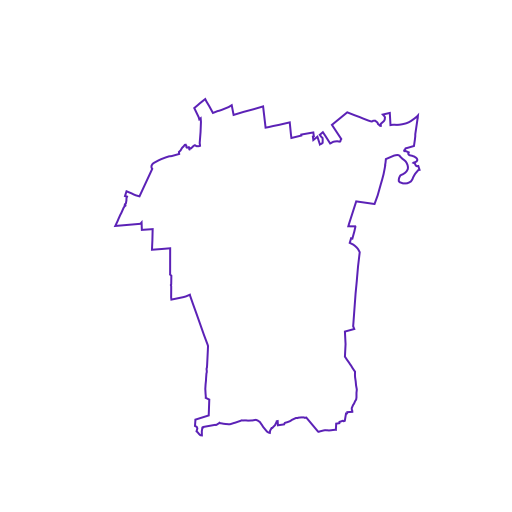 outline of Pascani, Iasi, Romania, rotated 290°
{"feature_id": "2599482B39664970554160", "entity_name": "Pascani", "entity_type": "district", "adm_level": 2, "iso_a3": "ROU", "parent_name": "Romania", "parent_adm1": "Iasi", "projection": "equal_earth", "projection_center": [26.726, 47.253], "detail": "fine", "context": "isolated", "style": "outline", "palette": "violet", "viewbox_px": 512, "rotation_deg": 290, "n_neighbors": 0, "source": "geoboundaries", "source_scale": "gbopen_adm2", "svg_char_len": 6076}
<svg xmlns="http://www.w3.org/2000/svg" viewBox="0 0 512 512"><g transform="rotate(290 256 256)"><path d="M120.0,390.5L125.9,388.7L127.4,391.5L128.7,391.2L129.2,391.9L130.9,394.0L130.7,394.8L131.2,395.5L131.5,395.8L138.6,394.5L138.6,394.8L138.8,395.1L139.1,395.3L139.8,395.4L140.5,395.2L142.5,399.8L143.3,399.5L144.0,398.9L145.0,398.3L145.9,398.0L149.3,398.2L150.7,398.6L153.7,398.8L155.3,399.2L157.4,398.8L161.8,397.2L163.9,396.7L165.2,396.3L168.6,394.3L172.2,392.6L176.1,390.5L178.0,389.7L181.2,388.6L182.0,387.4L183.9,384.8L185.8,382.5L186.1,381.9L187.7,379.8L189.6,377.0L191.6,374.3L191.8,374.0L203.8,370.3L215.4,365.4L221.0,373.3L223.4,371.2L223.7,371.2L254.8,362.4L266.8,359.3L271.2,358.1L281.3,355.4L294.9,352.2L295.4,351.8L296.1,351.0L297.4,349.5L298.4,347.8L299.4,345.4L300.0,343.4L300.1,342.4L300.4,339.6L305.2,339.3L305.3,340.6L312.8,340.0L317.5,339.4L317.8,339.1L315.5,332.6L318.2,332.4L341.6,331.5L345.4,349.6L354.5,349.6L366.4,348.7L371.0,348.4L376.4,347.9L382.2,347.0L385.5,346.4L385.6,346.2L387.9,345.8L391.5,344.9L397.6,351.4L398.7,353.2L399.4,354.7L399.4,356.6L398.8,357.3L397.4,360.4L397.0,361.8L396.6,363.0L396.0,364.4L394.8,365.9L393.3,367.3L391.5,368.4L389.7,368.9L387.9,368.7L386.8,368.4L385.1,367.6L383.1,366.1L381.8,364.7L381.0,364.1L379.8,363.9L378.2,363.8L376.8,364.0L375.9,364.3L375.2,364.6L374.5,365.8L374.5,369.4L375.9,373.0L377.3,374.6L379.1,376.1L381.5,376.7L383.9,376.8L386.5,377.2L387.9,377.5L392.2,379.1L392.9,380.2L396.1,377.7L395.6,376.8L395.4,376.2L395.5,375.7L395.8,375.1L396.4,374.5L396.9,374.0L397.3,373.5L397.4,372.0L397.6,372.1L398.0,372.8L399.3,374.1L399.7,374.5L400.0,374.6L401.0,374.8L401.5,374.7L401.8,374.5L402.2,374.2L402.5,373.9L402.8,373.4L403.1,372.7L403.6,370.5L403.5,369.8L403.6,368.8L403.4,367.2L403.2,365.8L403.3,365.3L403.7,364.6L404.1,364.1L405.6,364.1L405.8,361.0L405.3,359.6L405.4,359.4L405.6,359.2L405.9,359.2L406.2,359.2L406.5,359.6L408.2,359.7L408.5,360.0L409.5,361.5L413.4,366.8L419.7,365.5L423.0,364.7L425.0,364.0L439.6,361.0L440.0,360.8L440.4,360.9L443.4,360.1L442.4,359.7L439.4,357.9L435.9,355.5L434.1,354.0L432.7,352.5L431.8,351.4L429.9,348.5L428.7,346.4L428.1,345.2L427.3,343.3L426.7,341.2L425.9,339.2L425.0,337.6L436.2,332.8L432.3,326.8L431.3,328.7L430.9,329.3L430.3,329.8L428.2,330.3L427.2,330.2L426.4,330.0L423.5,328.4L422.9,328.1L421.8,328.4L421.0,328.8L420.8,328.4L420.8,327.9L421.5,326.4L421.7,325.6L422.8,324.6L423.2,323.8L423.9,321.6L423.1,319.8L422.2,319.1L422.0,318.8L421.8,317.5L421.7,315.4L421.8,309.6L422.0,306.0L422.0,300.5L422.2,292.6L405.2,282.5L395.1,296.1L394.0,295.9L392.9,296.0L392.7,296.0L392.2,295.8L392.0,295.3L391.6,293.0L390.7,291.2L390.1,290.1L389.5,289.3L388.7,288.6L387.8,287.9L387.1,287.2L392.2,280.6L395.2,276.5L391.7,274.5L390.4,276.4L389.7,278.1L388.6,278.7L385.2,279.9L384.9,279.7L384.6,279.6L384.1,279.3L383.4,278.7L383.1,278.1L382.7,277.9L385.0,276.1L389.1,272.9L384.6,270.2L387.7,268.6L388.3,269.4L391.7,267.6L385.6,257.0L384.7,257.4L379.0,248.9L382.3,247.2L393.1,242.0L387.1,232.8L384.1,227.8L381.4,223.7L379.9,221.1L399.0,211.5L397.5,209.5L393.0,203.4L387.3,195.2L380.9,186.7L389.4,181.6L386.9,179.6L386.1,178.8L381.5,173.7L379.9,171.7L379.0,170.3L377.1,168.2L375.7,166.6L380.9,160.7L384.3,156.5L386.1,154.6L380.1,150.9L377.7,149.6L373.9,147.4L366.9,154.6L365.0,156.0L366.5,156.9L363.2,158.4L353.5,161.5L342.7,164.5L342.1,164.9L340.4,165.7L339.7,164.8L339.5,164.4L339.0,163.0L338.9,162.7L339.0,161.6L339.2,160.9L339.2,160.7L339.0,160.4L337.8,159.5L336.6,159.0L335.6,158.4L335.1,158.3L335.0,158.1L334.9,157.8L334.8,157.4L334.5,157.2L333.4,157.1L333.4,156.9L333.7,156.7L334.3,156.6L335.1,156.1L335.3,155.8L335.1,155.3L334.6,155.0L334.2,153.8L334.7,153.2L335.7,152.9L336.1,152.2L336.5,151.9L336.1,151.1L333.8,150.3L333.2,149.9L332.1,149.5L331.6,149.4L329.4,149.0L327.4,148.0L325.6,148.9L321.0,142.5L319.9,140.2L317.8,137.5L314.6,133.8L312.5,131.7L308.9,128.5L308.0,127.8L307.3,127.4L306.2,127.1L305.4,127.0L304.8,127.0L303.7,127.4L302.8,128.1L302.4,128.7L272.2,126.1L271.9,122.3L272.0,119.9L272.3,117.7L272.5,112.2L267.5,112.4L267.5,112.7L267.7,113.8L267.7,114.5L266.3,114.5L265.4,114.7L264.0,115.2L261.2,115.7L260.6,115.6L260.2,115.3L260.0,115.2L259.0,115.2L258.9,115.7L259.0,115.9L258.7,116.1L257.7,115.5L256.0,115.1L250.2,114.7L248.2,114.4L244.0,114.1L241.6,114.0L236.1,113.5L246.6,136.1L247.1,136.5L248.4,137.0L241.5,139.8L245.9,149.7L234.9,153.4L226.3,156.1L230.6,165.6L233.9,172.7L209.6,181.5L209.2,181.6L208.5,183.2L200.4,186.0L199.8,185.9L199.6,185.9L198.7,186.6L196.3,187.5L188.1,190.4L186.1,191.4L188.0,194.5L192.5,201.8L194.0,203.9L197.0,207.1L196.2,207.6L189.7,212.9L180.7,220.4L163.9,234.2L156.2,240.8L155.0,241.7L150.6,243.1L137.0,247.3L134.6,248.0L133.2,248.1L132.4,248.4L131.5,248.9L130.5,249.3L129.8,249.5L128.7,249.6L126.9,250.1L123.7,251.0L123.1,251.2L121.8,251.6L118.2,252.5L113.8,253.8L109.1,255.8L108.3,256.2L106.0,257.2L105.5,257.3L105.1,261.2L90.0,266.1L81.5,255.0L80.3,255.4L75.4,256.8L75.2,258.6L75.0,258.9L74.0,259.8L73.4,259.9L70.9,260.1L70.8,260.4L70.4,261.4L69.2,263.5L68.7,264.6L68.6,265.3L68.9,266.5L72.8,265.0L76.4,264.3L76.8,265.0L77.3,264.9L83.4,275.4L83.4,276.0L83.6,276.3L84.0,276.8L84.7,277.2L86.2,278.5L86.8,278.7L86.7,279.2L86.7,279.9L87.0,281.1L87.2,282.6L87.8,285.2L88.1,286.1L88.6,288.2L89.2,289.4L90.2,290.7L91.8,292.7L91.9,293.0L95.7,297.7L96.7,298.8L96.9,299.8L97.5,301.2L98.2,303.1L98.3,303.8L98.7,305.2L99.7,307.5L100.2,308.8L101.9,311.7L102.0,312.2L102.0,313.8L101.8,314.5L101.6,315.2L101.5,315.9L101.1,316.8L100.5,317.5L99.3,319.3L97.8,321.2L94.8,326.3L94.5,327.5L94.4,328.5L94.5,329.5L96.7,329.0L99.7,329.5L99.8,330.0L100.1,330.2L101.8,330.9L103.4,331.7L107.3,332.1L107.8,332.0L108.3,332.8L104.4,334.5L107.4,340.0L108.6,340.1L109.0,340.2L109.3,340.5L110.5,342.2L112.3,344.3L113.4,345.2L114.2,345.7L117.4,348.9L117.7,349.7L117.9,350.4L118.2,350.8L118.5,351.0L119.7,353.5L120.6,355.8L120.7,356.9L120.6,357.4L121.0,357.8L121.4,358.5L112.2,374.4L112.2,375.0L113.1,376.1L115.2,379.2L115.9,380.4L116.6,382.6L117.0,384.2L118.0,386.3L118.4,387.0L119.9,390.0L120.0,390.5Z" fill="none" stroke="#5b21b6" stroke-width="2"/></g></svg>